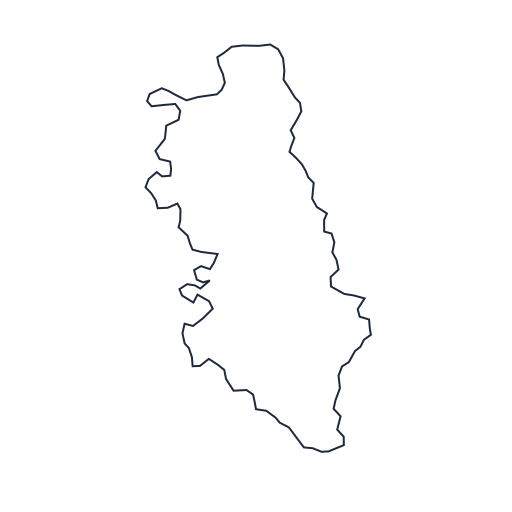 outline of Barra do Jacaré, Paraná, Brazil, rotated 74°
{"feature_id": "56859067B98278959949499", "entity_name": "Barra do Jacaré", "entity_type": "district", "adm_level": 2, "iso_a3": "BRA", "parent_name": "Brazil", "parent_adm1": "Paraná", "projection": "albers", "projection_center": [-50.163, -23.108], "detail": "fine", "context": "isolated", "style": "outline", "palette": "slate", "viewbox_px": 512, "rotation_deg": 74, "n_neighbors": 0, "source": "geoboundaries", "source_scale": "gbopen_adm2", "svg_char_len": 1866}
<svg xmlns="http://www.w3.org/2000/svg" viewBox="0 0 512 512"><g transform="rotate(74 256 256)"><path d="M54.2,238.4L61.9,239.1L71.8,237.7L80.9,238.2L86.8,243.2L89.8,249.0L87.2,268.0L87.2,279.9L79.0,288.9L73.5,294.3L68.8,300.3L71.0,313.6L77.1,318.0L83.3,315.1L85.3,303.5L87.6,291.7L95.5,288.8L103.7,292.8L106.0,306.4L111.7,308.6L118.3,311.4L127.2,323.7L136.3,321.9L141.6,312.5L149.2,313.7L155.2,316.2L153.6,324.3L148.0,328.3L152.5,338.0L159.5,343.3L166.8,339.4L175.0,337.0L183.0,337.3L185.3,327.5L183.9,317.1L190.2,315.7L201.4,319.2L207.0,322.5L217.6,316.2L225.8,316.0L232.4,315.3L237.0,307.5L243.5,292.4L251.1,298.5L255.9,303.9L250.6,311.7L252.5,319.4L262.4,319.4L266.7,314.2L266.8,307.1L271.9,318.5L267.4,322.9L264.1,330.0L266.8,338.7L273.6,338.0L283.5,329.0L277.0,322.9L286.5,313.6L294.7,312.1L301.4,324.4L305.9,335.9L301.4,343.3L310.0,348.0L320.4,348.7L326.0,345.9L335.7,345.5L344.5,347.3L346.2,340.2L341.9,329.7L350.1,322.6L356.8,317.9L366.0,318.7L379.3,314.7L382.2,302.1L388.4,297.0L395.7,297.5L403.3,298.2L407.6,288.8L416.8,281.7L422.7,279.2L429.9,271.6L442.1,267.0L453.2,262.7L456.4,254.5L462.3,246.9L463.8,240.1L462.0,223.7L453.9,221.5L445.3,225.8L433.4,218.9L424.2,223.5L416.5,219.3L406.3,211.8L393.7,209.6L385.9,203.8L383.6,196.0L374.6,187.0L372.0,180.6L366.3,175.4L363.4,167.3L356.6,166.5L348.2,164.8L342.9,173.1L335.1,172.9L326.7,163.3L320.8,173.0L316.8,181.6L306.0,192.3L296.8,190.1L291.8,180.4L281.9,179.7L273.6,181.6L264.4,176.9L255.2,177.2L251.3,183.7L240.1,180.6L234.7,176.1L225.5,184.1L216.3,186.2L210.0,183.7L201.7,180.4L194.8,184.1L187.9,184.8L180.5,186.6L172.7,190.5L165.1,195.1L159.8,191.6L153.1,186.6L144.7,188.0L136.7,179.5L129.5,172.6L120.9,171.5L114.3,174.9L102.0,178.4L94.1,180.9L85.9,177.7L73.4,175.5L63.4,177.7L56.6,184.1L54.8,195.2L49.9,211.1L48.2,221.7L52.0,231.1L54.2,238.4Z" fill="none" stroke="#1e293b" stroke-width="2"/></g></svg>